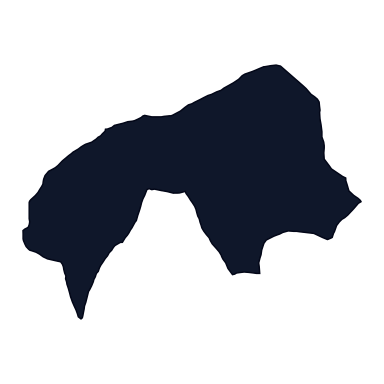 the district of Odigbo, Ondo, Nigeria
{"feature_id": "59680162B61774592523326", "entity_name": "Odigbo", "entity_type": "district", "adm_level": 2, "iso_a3": "NGA", "parent_name": "Nigeria", "parent_adm1": "Ondo", "projection": "natural_earth1", "projection_center": [4.681, 6.732], "detail": "fine", "context": "isolated", "style": "filled", "palette": "ink", "viewbox_px": 384, "rotation_deg": 0, "n_neighbors": 0, "source": "geoboundaries", "source_scale": "gbopen_adm2", "svg_char_len": 3571}
<svg xmlns="http://www.w3.org/2000/svg" viewBox="0 0 384 384"><path d="M259.7,273.4L259.2,266.7L258.7,262.9L260.0,257.8L261.0,254.8L261.7,250.0L263.9,243.3L266.3,240.0L273.8,236.2L276.6,235.1L279.7,234.0L282.8,232.4L288.2,230.9L293.5,231.3L296.6,231.3L299.3,231.7L305.4,232.4L313.9,233.4L322.6,237.5L326.7,239.2L327.5,239.5L330.9,238.1L332.2,237.4L333.5,233.3L334.4,231.7L336.6,225.5L339.3,221.9L341.9,219.3L344.6,217.7L347.7,215.1L353.7,208.7L357.4,204.4L358.3,203.3L361.0,201.7L360.4,200.5L358.1,198.4L355.9,196.9L353.7,195.4L348.9,190.9L348.0,187.8L347.1,184.7L345.8,180.6L345.7,178.0L342.6,176.5L331.4,168.9L329.6,166.3L324.2,159.1L323.8,152.9L324.2,148.0L324.2,147.8L324.2,145.7L323.7,142.1L321.9,137.0L321.9,131.8L321.4,127.7L321.0,124.6L320.0,119.0L319.8,116.3L319.6,112.3L320.0,110.2L319.5,106.1L319.1,102.0L317.4,99.2L314.6,96.8L311.0,94.3L309.2,92.2L306.1,88.6L303.4,86.1L280.5,66.1L276.1,65.1L270.7,65.7L264.9,66.7L263.6,66.8L262.7,67.2L260.0,68.3L255.1,70.4L252.4,71.5L244.9,74.1L242.2,75.7L238.7,79.3L233.3,82.9L223.8,88.2L221.1,90.3L216.6,91.9L211.5,94.4L208.0,95.5L204.0,97.5L200.0,99.6L194.3,102.4L193.8,102.7L191.9,103.8L188.4,104.9L184.8,107.5L180.4,111.1L176.4,113.2L172.4,115.3L171.0,115.8L169.7,115.8L163.9,116.4L161.2,116.9L157.2,116.9L151.9,116.9L147.0,115.9L144.7,115.4L142.9,116.0L141.2,117.5L138.0,119.1L134.5,120.7L132.3,121.2L127.8,121.7L122.9,123.3L118.4,124.4L118.0,124.5L114.4,125.4L111.8,127.5L110.0,128.1L108.7,128.6L107.3,129.1L105.5,129.2L105.1,131.2L102.4,133.8L100.7,135.8L98.9,136.9L98.4,137.0L96.2,139.1L94.0,140.6L91.7,142.2L85.5,144.3L83.7,145.3L81.1,146.9L78.4,149.0L73.1,152.1L71.3,153.7L68.6,155.7L62.4,160.9L57.9,165.6L55.3,167.7L52.6,169.2L48.6,171.3L47.3,172.9L45.1,175.5L43.7,179.1L43.3,181.1L42.9,184.2L41.5,186.8L39.8,189.4L38.0,192.5L35.3,195.6L30.9,199.6L29.6,201.2L29.2,202.5L29.2,202.8L29.2,205.8L29.2,208.9L29.2,212.0L29.2,215.6L29.2,218.7L29.7,221.8L29.3,224.4L28.4,227.0L27.0,228.0L24.8,229.1L23.0,230.6L23.1,233.7L23.1,236.3L23.1,238.9L23.5,240.7L24.2,242.3L24.9,244.0L26.2,246.6L28.5,249.1L29.8,250.2L31.6,250.7L36.1,252.2L37.9,253.2L39.7,254.2L41.0,255.2L43.2,256.8L46.4,258.3L47.3,258.8L56.0,260.8L60.7,261.8L62.5,264.4L63.4,266.9L63.8,269.5L64.7,273.1L65.9,275.9L65.6,278.8L66.6,281.9L67.0,284.4L67.1,284.6L68.4,288.5L69.7,293.2L70.6,296.8L70.7,297.1L71.5,299.3L72.4,301.9L74.2,306.0L76.1,310.1L77.4,313.7L78.3,316.8L81.0,318.9L82.3,317.8L82.8,315.8L83.6,311.6L84.1,309.1L84.5,306.0L85.8,302.3L86.3,300.3L86.7,298.7L87.6,295.1L88.5,291.5L89.8,289.4L91.6,285.8L93.3,281.7L93.8,279.6L95.4,276.6L95.6,275.7L96.4,273.4L98.2,271.4L99.5,267.7L100.8,265.2L103.0,262.0L105.3,258.4L105.5,258.2L107.5,255.8L109.2,252.7L111.7,250.2L112.3,249.1L113.7,247.0L115.0,245.5L117.7,243.9L120.3,242.4L122.4,242.3L123.9,239.8L125.2,237.7L127.4,235.1L128.8,233.0L130.5,229.9L131.9,227.9L135.0,222.2L136.3,220.6L137.9,214.9L138.1,214.4L139.8,209.3L140.7,206.2L141.6,202.5L142.2,200.9L142.9,198.9L144.7,195.3L146.9,189.6L149.1,188.6L151.7,189.6L151.8,189.6L154.4,189.1L161.6,190.6L162.4,190.7L167.4,191.6L173.2,193.1L179.0,193.0L180.4,192.7L185.2,191.4L186.1,193.5L188.4,196.6L190.6,200.2L192.4,202.7L194.7,206.3L196.0,209.4L196.9,213.0L197.8,216.1L199.2,218.7L200.1,222.3L201.0,224.8L201.9,227.9L203.7,231.0L206.4,234.6L209.1,237.7L210.4,240.7L212.2,243.8L216.3,248.4L218.6,251.1L219.0,251.5L221.2,255.1L221.7,256.6L222.4,258.0L223.0,259.2L225.7,262.8L228.0,268.5L232.5,274.6L234.7,274.1L236.5,273.0L240.0,272.5L244.1,272.0L249.0,272.4L253.0,272.9L256.6,273.4L259.7,273.4Z" fill="#0f172a" stroke="#020617" stroke-width="1.5"/></svg>